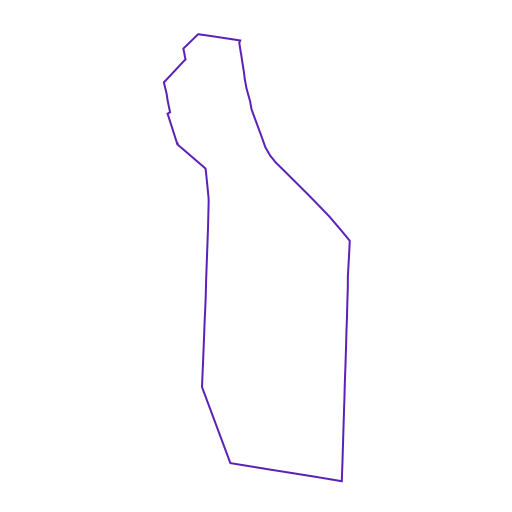 the district of Morelos, Coahuila, Mexico, rotated 277°
{"feature_id": "50627088B70261945609966", "entity_name": "Morelos", "entity_type": "district", "adm_level": 2, "iso_a3": "MEX", "parent_name": "Mexico", "parent_adm1": "Coahuila", "projection": "albers", "projection_center": [-100.986, 28.338], "detail": "fine", "context": "isolated", "style": "outline", "palette": "violet", "viewbox_px": 512, "rotation_deg": 277, "n_neighbors": 0, "source": "geoboundaries", "source_scale": "gbopen_adm2", "svg_char_len": 1275}
<svg xmlns="http://www.w3.org/2000/svg" viewBox="0 0 512 512"><g transform="rotate(277 256 256)"><path d="M119.2,218.4L118.9,218.6L47.3,255.8L45.7,296.4L44.9,318.9L44.1,341.4L42.9,368.6L65.7,366.6L85.1,364.8L103.5,363.1L120.9,361.5L121.4,361.5L139.0,359.8L156.2,358.3L173.1,356.8L191.9,355.0L205.8,353.8L221.3,352.3L236.5,350.9L246.7,349.7L254.3,349.2L274.7,347.8L282.5,347.2L287.7,341.8L293.1,336.0L304.2,323.9L318.4,306.4L323.5,300.0L340.2,278.5L343.1,274.8L351.2,264.2L357.4,257.8L365.3,251.9L372.6,248.3L393.2,237.7L394.6,237.0L395.9,236.3L396.9,235.8L398.1,235.2L399.5,234.5L401.0,233.7L408.5,231.4L412.4,229.8L415.2,228.6L420.9,226.3L421.6,226.0L431.6,222.9L433.2,222.6L438.1,221.3L446.8,218.8L455.3,216.4L456.1,216.1L465.7,213.4L468.0,214.1L469.0,178.3L469.0,175.1L469.1,171.6L468.5,171.1L453.0,158.6L446.8,160.7L446.5,160.7L442.5,162.1L440.7,160.6L435.6,156.9L431.6,154.0L428.3,151.6L424.0,148.5L417.1,143.4L406.2,147.5L400.7,149.0L395.8,150.6L388.2,153.2L386.5,150.9L374.8,156.3L357.6,164.2L357.9,164.5L357.2,164.8L356.8,165.0L355.0,167.7L347.1,179.6L336.6,195.3L327.2,197.5L309.4,201.5L307.9,201.8L304.2,202.4L285.7,204.2L278.7,204.9L225.2,209.5L210.1,211.0L195.4,212.2L183.2,213.1L170.9,214.2L119.2,218.4Z" fill="none" stroke="#5b21b6" stroke-width="2"/></g></svg>